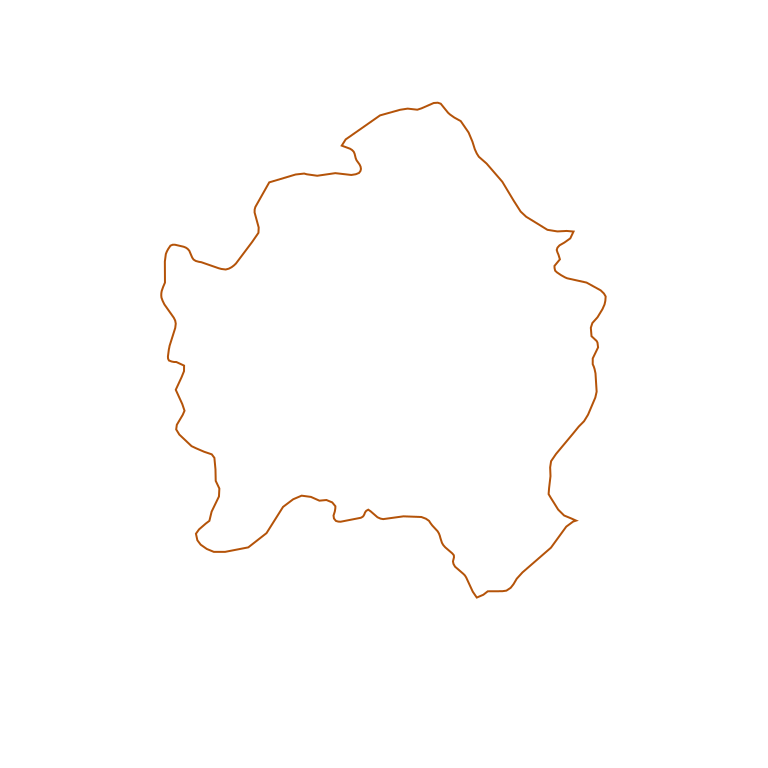 Trujillo, Mercator projection, rotated 233°
{"feature_id": "VEN-29", "entity_name": "Trujillo", "entity_type": "State", "adm_level": 1, "iso_a3": "VEN", "parent_name": "Venezuela", "parent_adm1": "", "projection": "mercator", "projection_center": [-70.512, 9.496], "detail": "fine", "context": "isolated", "style": "outline", "palette": "amber", "viewbox_px": 768, "rotation_deg": 233, "n_neighbors": 0, "source": "natural_earth", "source_scale": "10m", "svg_char_len": 3094}
<svg xmlns="http://www.w3.org/2000/svg" viewBox="0 0 768 768"><g transform="rotate(233 384 384)"><path d="M159.3,455.2L160.3,452.3L160.4,443.7L152.8,418.8L150.2,381.2L148.6,372.8L146.2,367.0L145.0,362.5L145.3,357.4L147.3,353.8L156.0,342.1L155.9,336.5L157.6,329.6L158.2,329.6L164.7,329.9L180.0,333.2L182.5,333.4L184.7,333.1L195.3,330.8L198.5,331.2L200.8,332.3L203.5,335.6L205.2,336.7L207.6,336.6L216.8,334.6L219.7,334.4L222.3,334.7L226.9,336.3L229.1,337.2L231.5,337.9L234.1,338.2L242.0,337.4L244.9,337.4L247.6,337.6L251.2,336.4L255.3,333.8L266.6,319.9L276.6,302.0L278.6,300.2L281.5,298.6L290.4,296.7L293.1,295.8L293.4,293.5L292.8,291.5L291.7,289.8L291.0,288.2L290.8,287.0L291.1,285.0L300.1,266.5L301.6,264.7L303.6,263.2L306.7,263.1L309.3,264.5L311.8,268.0L313.9,270.2L315.6,271.6L320.6,271.4L326.0,268.2L329.7,262.2L337.8,257.7L344.4,251.0L346.6,242.1L346.6,229.4L335.6,200.4L335.2,177.3L345.6,156.0L352.3,147.1L358.9,143.2L366.0,140.9L371.5,140.9L377.6,143.7L379.2,148.8L379.8,157.7L379.8,162.2L385.8,169.5L393.5,184.5L399.6,189.6L407.9,191.3L417.2,198.0L427.1,204.1L431.5,204.1L438.1,199.6L445.8,195.2L450.2,192.9L466.8,190.1L472.8,190.7L476.1,194.0L480.5,204.7L482.7,208.6L489.3,210.8L504.7,214.2L511.3,226.5L514.6,232.0L519.0,235.4L526.5,231.4L528.0,229.5L529.8,227.9L532.2,226.4L534.2,226.8L535.9,227.9L541.1,233.0L542.2,234.3L543.5,235.7L554.4,251.0L557.5,254.0L560.3,255.4L563.4,256.0L579.7,256.5L583.8,257.3L587.0,258.3L588.9,259.5L590.6,260.9L592.1,262.5L594.5,266.1L596.8,270.1L613.7,282.7L619.1,288.0L620.5,290.3L621.7,292.9L623.0,296.7L622.4,299.0L621.1,300.8L614.2,306.6L612.2,307.8L610.1,308.5L607.6,308.7L600.4,306.9L598.0,306.8L595.6,307.7L593.1,309.6L591.2,311.4L576.0,321.6L573.7,323.4L570.7,326.5L569.5,329.5L569.0,332.6L569.0,335.5L569.3,338.2L576.8,364.2L580.3,374.7L584.4,378.1L598.9,383.9L601.2,385.7L602.8,387.8L614.1,413.7L604.5,439.5L600.1,446.9L598.0,448.5L590.5,456.0L581.7,472.0L570.6,483.7L568.5,487.7L567.6,491.1L568.3,493.4L569.6,495.0L571.7,496.1L574.0,496.6L579.1,496.7L581.4,497.3L585.6,499.1L587.8,499.6L590.1,499.3L592.3,498.5L599.8,493.7L602.4,500.6L600.9,542.5L593.3,561.9L589.7,568.6L583.0,575.7L581.6,579.8L578.5,592.8L576.3,596.2L573.7,598.0L562.1,598.4L559.5,598.9L554.5,600.5L547.8,603.5L533.9,602.9L524.4,600.5L516.8,597.8L512.2,596.8L508.4,596.5L498.3,598.6L474.3,600.2L452.4,597.9L439.5,596.9L432.0,598.2L408.8,607.3L401.5,614.3L396.3,622.0L391.7,627.1L388.2,620.4L388.4,613.2L389.1,607.6L388.5,604.6L387.1,602.6L384.6,601.7L382.4,601.2L377.7,599.5L375.7,591.2L374.0,590.0L371.5,588.9L369.1,589.3L364.4,590.9L360.1,592.8L358.2,593.9L343.1,606.8L328.4,613.4L323.9,614.1L320.5,613.7L317.2,610.8L314.8,608.0L312.3,603.5L308.8,594.7L307.3,587.1L304.4,583.0L297.3,578.5L290.3,579.7L288.6,579.4L284.4,577.0L278.8,566.1L274.2,562.6L271.6,562.0L269.3,561.2L265.2,559.3L249.9,549.2L246.0,544.6L236.7,528.5L233.9,521.4L232.8,513.9L230.6,505.0L224.6,479.3L221.8,471.0L217.4,466.5L210.2,461.5L201.4,453.1L197.0,449.2L192.6,448.7L185.5,448.1L178.9,447.5L170.6,448.7L164.0,452.6L159.3,455.2L159.3,455.2Z" fill="none" stroke="#b45309" stroke-width="2"/></g></svg>